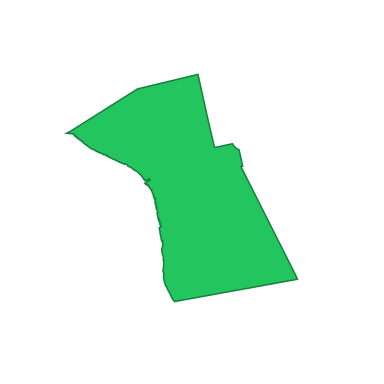 Ensenada, Buenos Aires, Argentina (Natural Earth projection), rotated 215°
{"feature_id": "61730980B68751377972541", "entity_name": "Ensenada", "entity_type": "district", "adm_level": 2, "iso_a3": "ARG", "parent_name": "Argentina", "parent_adm1": "Buenos Aires", "projection": "natural_earth1", "projection_center": [-57.944, -34.842], "detail": "fine", "context": "isolated", "style": "filled", "palette": "green", "viewbox_px": 384, "rotation_deg": 215, "n_neighbors": 0, "source": "geoboundaries", "source_scale": "gbopen_adm2", "svg_char_len": 5597}
<svg xmlns="http://www.w3.org/2000/svg" viewBox="0 0 384 384"><g transform="rotate(215 192 192)"><path d="M55.6,181.0L60.6,184.0L136.6,224.8L166.5,240.9L165.3,242.2L177.5,253.5L181.0,253.2L181.9,253.3L183.3,253.6L186.6,254.7L199.0,241.4L217.4,257.7L254.6,291.8L295.7,245.3L326.8,171.2L328.4,168.2L322.2,171.7L321.9,171.2L321.3,171.3L321.0,171.4L320.9,171.3L320.9,171.0L320.2,170.7L320.1,170.8L319.9,171.0L319.8,170.8L319.7,170.7L319.6,170.9L319.2,171.0L318.8,171.0L318.7,170.7L318.2,170.6L318.1,170.9L317.9,171.0L317.2,170.8L317.0,170.5L316.7,170.5L316.6,170.2L315.8,170.4L315.5,170.6L314.5,170.6L314.2,170.3L313.7,170.4L313.4,170.5L313.4,170.2L312.9,170.2L312.7,170.3L312.3,170.2L312.0,170.4L311.6,170.4L311.5,170.5L311.2,170.7L310.8,170.4L310.6,170.3L309.9,170.5L309.8,170.1L309.6,170.1L309.4,170.2L309.2,170.0L308.6,169.9L308.0,169.9L307.8,169.8L307.4,169.8L307.1,169.8L306.9,169.8L306.8,170.0L306.3,169.8L306.2,169.9L305.5,169.8L305.4,169.8L305.0,170.0L304.8,170.0L304.4,169.8L303.4,169.7L302.9,169.7L302.7,169.8L302.5,169.7L302.3,169.8L302.0,169.7L300.9,169.7L300.2,169.8L299.9,169.7L298.9,169.7L297.7,170.0L297.3,170.3L297.0,170.3L296.5,170.3L296.3,170.4L296.1,170.7L295.8,170.9L295.7,170.8L295.7,170.5L295.1,170.5L294.5,170.5L294.1,170.6L293.6,170.4L293.2,170.8L292.9,170.7L292.7,170.8L292.2,170.8L291.9,171.0L291.4,171.0L291.1,171.1L290.9,171.4L290.6,171.4L290.4,171.1L289.6,171.6L288.8,171.7L288.8,171.4L288.7,171.4L288.0,171.9L286.9,172.0L286.9,171.9L286.4,172.0L286.1,171.8L286.0,172.0L285.9,172.1L285.7,172.0L285.2,172.5L285.0,172.3L284.9,172.3L284.4,172.8L284.1,172.8L283.9,173.0L283.5,172.9L283.3,172.6L283.2,172.5L282.9,173.1L282.0,173.2L281.9,172.9L281.1,172.8L280.9,172.9L280.2,172.9L279.8,173.1L279.3,173.1L278.7,173.2L278.1,173.3L277.8,173.2L277.4,173.4L276.5,173.5L276.2,173.5L274.7,173.8L274.4,174.2L274.2,174.2L273.9,174.1L273.7,174.1L273.3,174.3L272.8,174.2L272.4,174.2L272.2,174.5L271.8,174.6L271.6,174.6L271.2,174.4L270.6,174.6L270.2,174.8L269.7,174.7L269.1,174.9L268.5,174.8L268.3,175.0L267.9,175.0L267.4,175.2L267.1,175.1L266.3,175.4L265.7,175.5L265.2,175.7L264.4,175.6L264.0,176.0L263.1,176.2L262.5,176.5L262.1,176.9L261.8,176.9L261.5,177.1L260.1,176.9L259.7,176.6L259.6,176.4L259.4,176.4L259.2,176.7L259.0,176.8L258.4,176.6L257.9,176.6L257.5,176.9L257.3,176.8L256.3,176.9L255.9,177.0L255.4,177.0L255.1,177.2L253.9,177.0L253.1,176.7L253.0,176.9L251.9,177.0L251.6,177.2L251.1,177.1L251.1,176.9L250.7,176.9L250.5,177.0L250.2,177.2L249.8,177.1L249.6,177.2L249.0,177.3L248.4,177.2L248.0,177.0L247.2,177.0L246.9,176.9L246.4,176.8L246.1,176.9L245.8,176.8L245.6,176.9L245.4,176.9L245.3,176.6L243.6,176.5L242.3,176.1L241.8,175.8L241.3,175.8L239.6,175.2L239.2,175.3L239.1,175.2L239.2,174.9L238.9,174.7L238.6,174.9L238.2,174.7L237.6,174.7L237.3,174.3L237.0,174.3L236.3,174.8L236.0,175.3L234.5,178.5L234.1,178.3L234.0,177.9L233.9,177.8L233.5,178.0L233.2,177.8L235.7,172.2L235.3,171.9L235.1,172.0L234.7,171.9L234.6,172.1L234.1,171.9L233.5,172.0L233.2,172.3L233.0,172.5L232.8,172.4L232.9,172.2L232.7,171.9L232.4,172.2L232.0,172.2L231.9,172.4L231.7,172.0L231.5,171.9L231.3,172.1L231.0,172.0L230.9,171.7L229.5,171.5L229.4,171.1L228.8,170.9L228.2,170.9L227.9,170.7L227.4,170.7L226.8,170.4L226.5,170.6L226.5,170.3L226.3,170.0L226.0,170.1L225.8,169.9L225.6,169.6L225.4,169.6L225.0,169.2L224.3,169.0L224.2,168.8L223.6,168.4L223.1,168.1L222.6,168.0L222.5,167.8L221.9,167.6L221.7,167.6L221.7,167.0L221.6,166.8L221.1,166.5L221.1,166.4L221.0,166.2L220.6,165.9L220.1,165.7L219.9,165.7L219.8,165.9L219.7,165.8L219.7,165.5L219.1,165.0L218.7,164.7L218.4,164.8L218.3,165.1L218.4,165.4L218.3,165.8L218.2,165.8L218.2,165.4L218.0,165.1L217.9,164.9L217.8,164.5L217.3,164.1L217.4,163.7L216.7,163.0L216.3,163.0L216.4,162.8L216.4,162.5L216.1,162.1L215.7,162.1L215.4,162.2L215.2,162.0L215.2,161.9L215.3,161.7L215.5,161.5L215.5,161.4L214.7,160.8L214.3,160.9L214.2,160.8L214.3,160.6L214.1,160.5L213.9,160.6L213.6,160.0L213.0,159.4L212.6,159.1L212.4,159.2L212.3,159.5L211.9,159.2L211.9,158.9L212.3,158.3L212.0,158.0L211.6,157.8L211.4,157.6L210.9,157.3L210.2,157.1L208.7,156.2L208.3,155.9L208.2,155.7L208.3,155.4L208.5,155.5L208.7,155.2L208.7,154.8L207.0,153.2L206.3,152.6L205.8,152.1L205.7,151.8L205.2,151.5L205.0,151.2L203.7,150.1L203.3,150.3L203.3,150.5L203.1,150.7L203.0,150.9L202.7,150.9L202.7,150.6L203.1,149.8L201.6,148.6L201.0,148.7L200.7,148.7L200.4,149.0L200.2,149.1L200.1,148.9L200.5,148.2L200.5,147.9L200.4,147.7L199.8,147.4L199.8,147.1L199.1,147.2L198.7,146.9L198.3,146.2L198.3,145.9L198.2,145.3L197.8,145.3L197.7,145.4L197.8,144.9L198.2,144.0L198.1,143.7L197.4,143.1L196.9,142.4L196.5,142.0L196.3,141.9L195.6,141.8L195.6,141.7L195.6,141.3L194.9,140.3L194.7,140.1L193.2,138.5L192.9,138.4L192.1,137.6L191.5,137.3L191.4,137.0L191.1,136.8L191.0,136.4L190.1,136.0L190.0,135.6L189.8,135.4L189.5,135.1L189.2,134.8L188.4,134.5L188.3,135.1L188.1,135.3L187.6,135.1L187.3,134.6L187.5,133.9L187.3,133.6L186.6,133.4L185.7,132.0L185.1,131.1L184.6,129.7L184.2,128.2L183.8,127.3L180.3,123.9L178.6,122.6L176.5,120.3L176.5,120.1L176.5,119.5L176.2,119.3L175.7,119.3L175.5,119.2L175.1,118.7L174.6,118.0L173.8,117.1L172.1,113.7L171.6,112.8L170.5,110.6L170.0,110.1L169.8,109.9L169.4,109.8L168.2,109.0L168.0,108.6L167.8,108.3L167.7,107.9L166.8,106.6L166.6,106.0L165.9,105.4L165.6,105.1L163.5,102.9L161.7,101.6L161.6,101.4L159.7,100.1L159.4,99.9L158.8,99.9L158.1,99.6L155.7,97.9L153.6,97.3L153.4,97.1L153.3,96.8L153.0,96.5L152.3,96.5L151.5,95.9L150.8,95.6L150.6,95.3L149.3,94.7L148.6,94.1L147.9,93.8L146.5,93.0L145.1,92.6L144.2,92.5L143.5,92.2L55.6,181.0Z" fill="#22c55e" stroke="#15803d" stroke-width="1.5"/></g></svg>